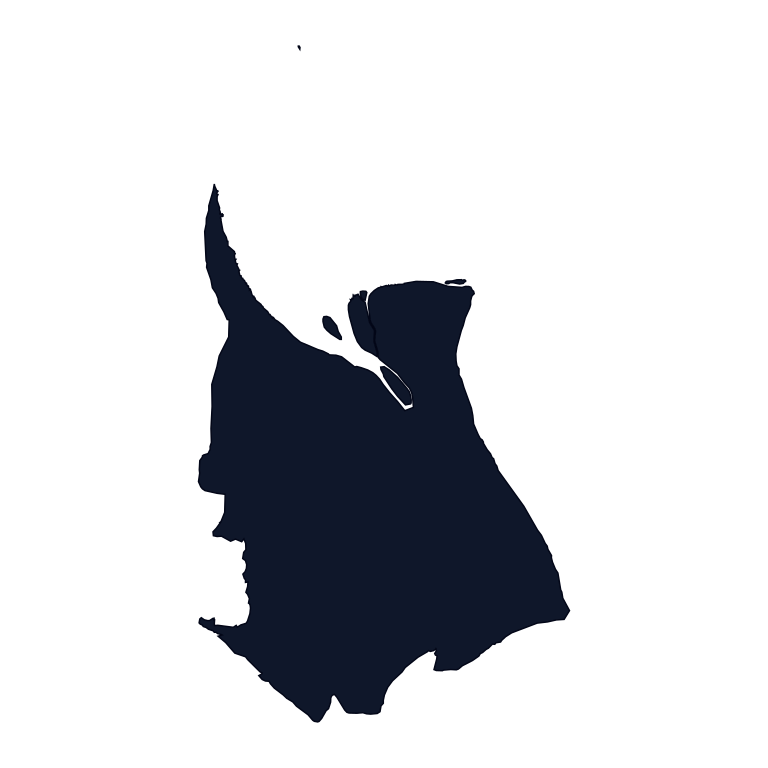 Rokan Hilir, Riau, Indonesia (Natural Earth projection)
{"feature_id": "22746128B71759944188311", "entity_name": "Rokan Hilir", "entity_type": "district", "adm_level": 2, "iso_a3": "IDN", "parent_name": "Indonesia", "parent_adm1": "Riau", "projection": "natural_earth1", "projection_center": [100.629, 2.071], "detail": "fine", "context": "isolated", "style": "filled", "palette": "ink", "viewbox_px": 768, "rotation_deg": 0, "n_neighbors": 0, "source": "geoboundaries", "source_scale": "gbopen_adm2", "svg_char_len": 6132}
<svg xmlns="http://www.w3.org/2000/svg" viewBox="0 0 768 768"><path d="M564.1,619.4L569.5,610.6L562.8,598.2L561.8,592.1L560.7,589.9L557.9,573.0L555.4,569.2L552.5,562.2L551.4,557.8L551.5,555.5L547.9,549.3L547.2,546.1L545.2,543.4L541.4,535.3L537.5,530.1L523.8,506.2L498.1,470.5L496.8,466.0L495.0,463.6L493.6,458.7L492.1,457.6L490.5,453.8L487.1,449.6L483.4,443.3L483.4,442.1L482.2,439.9L480.2,438.5L478.1,434.5L473.6,424.0L472.8,415.6L471.4,408.2L463.9,387.5L461.5,379.2L459.0,375.0L459.0,368.8L456.9,365.7L456.1,360.9L455.8,353.9L456.9,346.8L461.3,330.5L463.2,325.5L465.2,317.9L469.7,307.8L470.6,304.7L470.6,300.9L471.6,296.9L472.2,295.6L474.2,293.7L473.6,291.3L472.2,290.1L470.8,287.2L468.8,286.5L465.5,286.4L462.1,287.4L448.1,286.4L433.4,281.8L416.1,281.4L404.3,283.4L404.3,283.9L402.8,284.3L397.8,284.4L397.2,285.1L395.1,284.5L394.9,285.3L391.0,285.0L389.4,286.1L388.6,285.1L387.5,286.1L386.3,285.5L381.8,287.0L381.0,286.6L380.8,287.2L378.2,287.9L374.3,290.5L370.9,293.8L369.3,296.2L368.2,303.5L370.1,319.6L370.9,322.6L374.6,328.2L375.6,331.1L374.6,340.7L377.8,351.5L378.3,357.5L380.3,359.8L397.5,373.5L404.2,382.3L409.3,387.9L411.6,392.4L412.6,396.9L413.4,407.4L404.8,410.7L397.9,402.0L389.6,392.7L383.2,384.6L379.7,379.3L376.1,375.4L372.8,372.7L367.8,370.0L361.2,367.7L356.7,366.5L354.7,367.0L341.6,356.8L336.0,355.2L329.3,354.9L328.4,353.9L322.8,351.1L317.9,349.6L300.4,342.2L293.3,336.4L283.1,325.6L277.6,321.2L275.1,319.8L273.4,317.5L272.4,318.1L272.0,316.6L270.9,316.1L270.0,314.5L269.1,314.3L267.7,311.7L263.4,308.0L262.9,306.6L261.1,305.2L261.1,304.5L255.7,300.2L254.9,297.9L254.0,297.6L254.0,296.9L253.5,297.1L253.5,296.2L252.9,296.2L251.9,294.6L251.0,291.1L250.5,290.7L250.6,289.9L250.2,289.3L249.8,289.6L250.0,288.9L248.8,288.5L248.5,286.6L247.9,286.4L248.2,285.9L247.0,285.1L246.6,283.7L245.9,283.7L246.2,283.0L245.4,282.7L244.4,280.4L243.1,279.6L242.8,278.5L242.1,278.5L241.3,276.9L240.7,277.7L241.1,275.9L239.9,275.5L238.9,271.5L239.3,270.8L238.9,270.9L239.1,269.8L236.8,265.1L237.4,263.9L236.0,263.4L235.6,262.2L235.3,260.2L235.9,259.3L235.0,259.2L234.8,258.5L234.4,255.5L235.2,253.5L234.5,252.8L234.4,251.6L227.9,245.9L227.9,241.4L227.3,241.4L226.2,237.2L223.0,231.3L220.9,219.9L221.1,219.1L220.4,218.0L220.7,216.8L222.9,216.3L223.0,215.7L222.5,215.6L222.9,214.7L221.7,214.5L222.4,214.2L222.3,213.9L221.3,214.3L221.0,213.9L220.5,214.4L219.8,213.7L220.3,212.3L219.3,209.5L219.6,208.0L217.1,200.6L217.1,196.6L218.0,194.5L216.7,193.8L216.6,193.1L218.0,191.2L217.7,190.8L216.9,191.0L214.7,186.1L214.3,184.0L213.2,190.5L208.8,205.8L208.8,210.4L206.4,218.2L206.2,224.1L204.7,231.5L206.1,260.7L207.0,263.3L206.6,267.3L210.9,279.6L212.4,287.8L216.1,293.4L218.1,298.3L218.7,302.6L223.9,311.9L227.2,319.5L229.2,319.9L228.7,337.0L219.2,356.0L217.0,366.7L211.8,384.4L212.1,406.5L211.0,428.5L211.4,442.5L210.1,446.5L210.2,449.3L208.1,453.6L203.6,455.0L202.5,455.8L202.3,457.2L199.8,460.6L199.3,469.8L199.7,473.2L198.5,481.6L200.8,486.8L202.4,488.8L205.0,490.6L217.1,493.3L225.2,494.3L224.7,512.4L221.0,521.6L219.9,522.5L220.3,522.7L216.4,528.2L213.0,531.8L213.4,535.7L217.1,536.5L221.5,536.2L230.6,541.2L235.5,539.1L241.7,541.7L243.9,538.8L245.7,543.5L245.9,549.7L243.7,552.3L242.7,558.6L245.4,560.5L246.7,564.6L246.4,568.4L245.1,571.7L242.9,574.1L244.3,578.4L245.5,579.8L245.5,582.4L248.0,582.0L247.6,586.7L245.9,592.3L247.6,594.3L249.4,598.6L248.5,603.1L249.5,603.8L250.2,605.5L250.5,608.3L249.9,613.7L247.5,621.1L246.1,623.3L240.9,624.9L237.3,627.2L236.2,625.4L233.3,627.3L217.8,625.3L214.6,625.6L214.3,623.8L214.6,619.6L214.2,618.9L213.9,619.2L214.0,618.2L212.9,618.4L209.5,620.6L207.5,620.6L204.3,619.8L201.3,617.7L199.8,619.0L199.1,622.9L200.1,624.0L202.2,625.0L203.3,626.5L206.2,627.5L208.4,629.2L213.1,630.8L214.3,632.3L216.0,632.2L217.6,633.6L221.9,634.7L222.3,635.0L218.1,636.2L225.7,642.6L234.8,653.1L245.6,656.8L247.7,659.6L260.0,671.8L262.0,672.9L261.9,673.9L258.8,675.6L262.2,679.5L265.4,681.0L269.1,681.3L270.4,683.7L274.4,688.2L283.2,694.9L286.9,698.4L292.8,701.9L296.5,706.2L308.1,714.8L312.7,720.2L314.3,721.3L317.7,721.9L319.1,721.4L321.7,718.4L326.1,710.7L328.5,708.7L330.6,702.2L330.8,697.8L332.0,695.4L334.4,694.3L336.9,697.2L344.7,710.0L346.9,712.3L349.0,713.0L356.8,713.2L362.9,712.7L366.6,713.8L370.7,714.1L377.2,713.5L380.0,711.7L381.0,705.9L383.3,703.3L383.3,700.3L384.4,695.0L387.7,687.3L392.5,680.8L402.0,672.0L405.2,667.5L418.0,657.2L427.4,651.7L428.5,650.6L430.4,651.4L433.6,650.6L435.5,649.2L436.1,647.9L435.9,649.6L436.4,650.8L434.7,653.5L435.4,655.0L437.1,655.9L436.7,659.0L434.0,669.6L436.3,670.5L442.3,670.7L443.6,670.1L450.7,669.5L456.4,669.8L458.5,669.0L462.4,665.7L472.5,660.5L478.8,656.1L480.3,653.6L482.6,652.5L486.1,649.4L488.4,648.2L492.4,644.1L494.8,644.3L495.9,642.8L500.6,642.0L501.7,640.3L505.6,636.7L511.7,632.8L537.2,623.1L547.6,621.9L556.4,619.9L564.1,619.4ZM361.0,299.4L358.3,294.5L357.5,295.1L357.2,294.5L356.3,295.2L355.6,294.8L355.9,295.1L355.7,295.5L355.3,294.6L355.3,296.1L354.0,296.4L353.8,295.7L353.5,296.4L353.2,295.9L353.1,298.1L352.5,297.6L352.9,298.6L351.9,298.5L352.0,299.3L351.5,299.8L350.5,299.6L350.9,300.3L350.5,301.6L349.1,303.2L348.4,305.2L348.4,309.7L349.5,316.6L354.1,333.5L357.4,341.6L361.7,347.5L365.1,350.1L371.7,353.1L376.8,356.4L377.2,354.9L376.8,351.6L373.9,341.2L374.5,330.6L369.6,322.7L365.1,302.4L361.0,299.4ZM410.6,403.9L411.1,403.0L411.2,399.8L410.4,395.1L409.3,391.8L406.9,388.4L397.5,377.3L389.3,370.0L384.2,366.7L380.7,367.1L381.0,369.6L383.3,373.9L383.9,376.7L391.9,388.9L397.6,396.3L405.5,404.9L410.6,403.9ZM326.7,316.4L323.9,316.7L323.0,319.0L323.0,321.6L324.3,327.1L326.9,330.2L330.9,333.7L339.8,339.4L341.3,339.4L341.3,337.0L338.2,331.5L336.6,325.8L330.0,317.6L326.7,316.4ZM461.6,279.7L456.9,279.8L452.4,280.9L447.2,281.2L446.2,281.5L445.3,282.9L446.3,283.7L448.6,283.6L450.1,282.7L453.0,282.7L459.6,284.0L463.3,283.4L464.6,281.8L465.6,281.5L465.7,280.8L465.1,280.1L464.0,279.8L462.6,280.4L461.6,279.7ZM365.9,291.3L362.8,291.1L360.4,291.6L360.3,293.2L360.9,296.1L362.2,298.8L365.1,300.3L366.8,292.5L365.9,291.3ZM299.2,46.1L298.3,46.1L298.3,46.8L299.8,49.2L300.0,47.5L299.2,46.1Z" fill="#0f172a" stroke="#020617" stroke-width="1.5"/></svg>